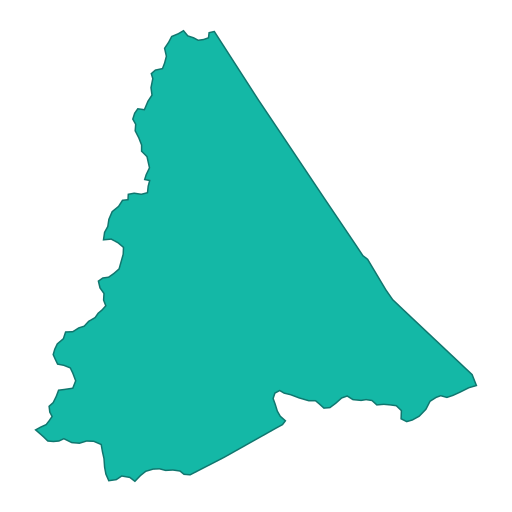 outline of Duas Barras, Rio de Janeiro, Brazil
{"feature_id": "56859067B69837408110296", "entity_name": "Duas Barras", "entity_type": "district", "adm_level": 2, "iso_a3": "BRA", "parent_name": "Brazil", "parent_adm1": "Rio de Janeiro", "projection": "mercator", "projection_center": [-42.522, -22.035], "detail": "fine", "context": "isolated", "style": "filled", "palette": "teal", "viewbox_px": 512, "rotation_deg": 0, "n_neighbors": 0, "source": "geoboundaries", "source_scale": "gbopen_adm2", "svg_char_len": 2171}
<svg xmlns="http://www.w3.org/2000/svg" viewBox="0 0 512 512"><path d="M476.4,385.5L472.1,374.6L403.2,309.7L392.6,299.6L385.8,289.8L367.6,259.3L362.9,255.7L355.4,244.4L324.0,197.9L291.5,149.3L258.3,99.8L214.3,31.5L209.1,32.7L208.5,37.8L203.7,39.5L198.2,40.3L193.6,37.8L187.8,35.9L183.5,30.7L178.4,33.7L171.7,36.5L168.7,42.2L164.6,48.3L166.4,56.3L164.6,63.1L162.5,68.6L155.4,70.1L151.3,73.6L152.8,78.6L151.0,87.7L152.0,95.1L148.0,101.2L144.4,109.7L137.8,108.8L134.7,113.2L132.8,119.1L135.7,124.3L135.2,130.8L138.8,137.8L141.6,145.0L141.6,151.2L147.0,156.6L149.5,167.8L146.2,174.7L144.7,179.5L149.7,180.5L148.2,186.2L147.5,192.7L141.3,194.3L134.2,193.2L128.3,194.3L128.0,199.7L122.5,200.3L118.6,206.4L112.2,211.6L108.9,219.3L107.8,226.5L104.6,232.3L103.5,239.8L111.2,239.1L118.1,242.8L123.5,247.4L123.2,254.3L121.4,260.7L119.1,268.9L114.0,273.4L108.6,277.2L102.8,278.0L98.4,281.1L100.0,287.9L104.0,293.5L103.6,300.1L105.8,305.8L102.0,310.0L98.2,313.2L95.1,317.6L88.7,321.3L84.2,326.2L78.8,327.9L72.8,331.7L65.6,332.0L63.4,338.7L57.3,343.9L54.8,349.1L53.2,354.6L55.3,359.3L57.6,364.1L63.8,365.3L70.3,367.9L72.8,373.1L75.7,380.8L72.8,388.2L64.9,389.4L58.6,390.2L56.3,396.3L53.2,402.6L49.1,406.3L49.8,412.1L52.1,416.5L49.3,420.6L46.2,424.6L40.7,427.1L35.6,429.9L39.2,433.0L43.5,436.8L47.8,441.0L53.4,441.5L58.9,441.0L63.9,438.7L71.8,442.6L79.5,443.2L86.6,441.0L93.8,441.3L101.2,444.5L102.5,451.9L104.0,458.6L104.6,467.1L105.9,474.1L108.8,480.7L116.3,479.6L121.7,476.0L129.8,477.4L134.9,481.3L140.5,475.5L145.7,471.3L153.1,469.1L159.5,468.8L165.6,470.4L172.9,470.0L179.9,471.0L184.0,474.3L190.1,474.8L224.1,457.3L275.7,428.3L282.5,424.6L285.4,420.8L280.2,416.2L277.3,411.1L275.2,404.3L273.1,398.5L274.9,393.1L279.7,390.5L284.1,393.1L290.7,394.7L299.1,397.9L308.7,400.7L315.5,400.7L319.2,403.8L323.9,408.1L329.9,407.6L335.8,403.2L341.6,398.0L347.2,396.0L352.9,399.6L361.1,400.4L366.1,399.6L372.0,400.5L376.8,404.9L383.8,404.3L390.4,404.9L396.3,405.7L401.4,410.6L401.1,418.8L406.7,421.6L412.3,420.0L419.2,416.2L425.9,409.3L430.0,401.3L436.1,397.4L440.7,395.7L446.9,397.4L452.9,395.4L459.9,392.2L468.9,387.7L476.4,385.5Z" fill="#14b8a6" stroke="#0f766e" stroke-width="1.5"/></svg>